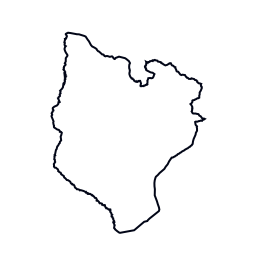 the district of Iringa, Iringa, United Republic of Tanzania, rotated 262°
{"feature_id": "72390352B92646008536074", "entity_name": "Iringa", "entity_type": "district", "adm_level": 2, "iso_a3": "TZA", "parent_name": "United Republic of Tanzania", "parent_adm1": "Iringa", "projection": "robinson", "projection_center": [35.361, -7.564], "detail": "fine", "context": "isolated", "style": "outline", "palette": "ink", "viewbox_px": 256, "rotation_deg": 262, "n_neighbors": 0, "source": "geoboundaries", "source_scale": "gbopen_adm2", "svg_char_len": 5782}
<svg xmlns="http://www.w3.org/2000/svg" viewBox="0 0 256 256"><g transform="rotate(262 128 128)"><path d="M116.3,53.6L111.5,51.9L111.2,52.0L111.2,51.5L110.5,51.6L109.8,51.1L108.7,51.1L107.4,50.6L106.5,51.2L105.4,50.9L104.5,51.2L102.6,49.5L101.4,49.6L100.1,49.3L99.0,49.9L98.7,51.1L97.6,52.0L97.0,52.7L95.5,53.1L95.0,52.9L94.5,53.5L93.8,53.9L93.1,55.1L91.9,55.5L91.5,55.4L89.3,57.8L88.4,57.8L87.7,58.1L87.0,58.9L85.0,60.2L84.6,61.5L82.9,63.3L81.4,63.7L80.6,64.3L80.5,64.9L79.7,65.1L79.4,66.3L78.0,67.0L76.9,67.1L76.2,67.4L75.1,68.6L74.5,68.8L74.2,70.2L73.7,71.1L72.9,71.7L73.1,72.4L71.8,75.3L70.6,77.0L70.6,77.4L69.9,77.3L69.6,77.6L69.5,78.5L68.9,79.5L68.3,79.2L68.0,80.5L68.0,81.4L67.6,81.9L66.2,83.0L66.0,83.3L66.3,83.5L64.7,84.9L63.5,85.4L63.0,86.7L61.1,87.3L60.7,86.8L60.4,86.8L60.2,87.3L60.1,88.0L59.0,88.9L57.8,89.2L57.3,89.6L57.4,90.2L56.7,91.7L56.4,91.8L55.6,91.7L55.4,92.4L54.9,92.8L55.0,94.0L54.8,94.4L53.7,94.4L52.4,94.8L52.0,95.4L51.5,95.3L51.1,96.5L50.1,97.3L49.9,97.8L50.0,98.8L49.8,99.2L49.3,99.2L49.0,98.6L48.7,98.9L48.3,98.8L48.1,99.0L47.4,98.8L45.8,99.7L44.5,99.7L44.2,100.1L43.9,99.7L42.7,99.4L42.1,100.2L41.4,100.1L40.6,100.8L39.6,100.6L37.6,101.4L37.0,100.5L36.4,101.0L36.2,100.4L33.6,101.3L33.0,100.8L32.4,100.8L31.0,100.3L30.5,100.5L30.0,101.0L29.4,101.1L27.3,103.0L25.6,104.8L25.3,105.6L25.9,119.9L32.9,131.0L33.2,134.2L34.1,135.0L35.4,136.8L41.4,147.0L42.9,147.7L45.1,147.6L48.5,146.9L51.3,146.5L57.6,145.1L63.7,146.1L66.5,146.1L69.9,146.5L72.5,147.2L75.2,148.4L75.9,148.9L77.2,150.9L79.0,153.0L82.4,158.3L84.5,160.0L86.5,162.2L89.3,164.1L92.6,167.1L92.5,168.2L93.0,169.2L93.2,170.3L93.8,171.1L94.3,172.7L95.1,173.5L95.6,175.3L96.2,176.1L96.4,176.9L97.3,178.4L98.1,180.8L98.5,181.2L99.4,183.5L99.6,184.4L100.3,185.3L100.8,186.8L101.4,187.3L102.0,188.7L102.5,188.9L103.2,189.8L105.7,190.5L108.0,191.5L112.0,194.0L113.7,194.5L115.7,196.0L118.1,196.3L119.3,196.2L120.0,196.6L121.4,195.6L121.9,195.4L124.6,195.3L124.9,196.0L124.6,197.7L125.0,199.1L124.9,199.8L125.2,201.0L124.8,202.3L125.5,202.8L125.8,204.3L126.3,205.3L126.7,204.7L127.1,202.9L129.5,201.6L130.3,200.4L131.9,199.7L132.6,197.6L132.9,197.1L133.2,194.9L133.6,194.1L135.6,193.3L136.3,193.9L137.0,193.9L138.1,194.5L138.8,194.2L139.4,194.6L140.0,194.6L141.8,194.0L143.0,193.2L143.5,194.2L144.9,195.4L146.1,195.5L146.4,195.8L146.5,197.8L146.9,198.3L147.1,199.4L147.8,200.9L147.7,201.9L148.1,202.8L150.3,203.1L151.1,203.6L153.2,203.9L154.9,205.3L157.4,206.7L158.6,206.7L158.9,206.2L159.6,206.3L160.3,206.1L160.8,206.1L161.5,206.6L162.2,205.3L162.4,204.3L163.8,203.0L164.6,203.1L164.9,202.7L165.7,202.4L166.3,200.9L167.2,200.4L168.3,197.8L168.1,197.7L167.8,197.1L168.2,195.0L169.3,194.2L169.6,193.3L170.4,193.0L170.7,192.5L172.5,191.8L173.2,189.3L173.0,188.2L173.7,187.2L176.7,185.6L177.1,184.4L177.8,183.9L179.2,183.8L180.6,183.2L181.6,183.4L182.2,182.3L183.4,181.4L183.9,180.3L184.4,180.0L186.2,179.4L186.3,178.7L186.0,178.2L186.2,177.9L185.1,175.7L184.8,173.7L186.2,171.8L186.9,171.3L187.6,170.0L188.2,170.1L188.7,169.5L189.7,166.8L190.6,166.5L191.2,164.7L191.7,164.1L191.7,163.5L191.4,162.8L191.5,162.4L191.3,162.4L191.4,162.0L190.9,161.7L191.3,161.0L191.0,159.5L191.1,159.1L190.5,158.5L190.5,157.3L190.3,157.3L190.3,156.8L189.9,156.6L191.0,155.2L189.9,155.4L189.6,155.0L188.8,155.0L187.8,154.7L187.4,153.9L186.5,153.3L186.2,153.3L186.1,153.7L185.6,153.5L184.7,154.1L184.4,153.8L183.6,154.2L183.2,154.0L182.7,154.2L179.9,158.2L179.3,160.1L177.7,161.7L177.0,161.2L175.3,160.4L174.1,159.3L174.0,158.0L174.5,156.8L174.5,155.0L173.6,154.7L172.0,153.7L171.4,153.8L169.7,153.5L169.0,152.9L168.4,153.2L168.2,152.9L168.1,152.3L168.3,151.9L168.2,151.4L167.7,150.7L167.8,149.8L167.3,149.4L167.6,147.4L167.5,146.7L167.9,146.2L168.2,146.2L170.3,147.1L173.0,146.6L173.1,146.2L172.9,145.6L173.2,144.8L172.7,144.0L172.4,144.0L172.3,143.5L172.6,142.6L173.0,142.5L172.8,142.2L173.0,141.7L173.8,141.0L173.9,140.7L175.2,140.3L176.3,138.8L176.6,139.0L177.0,138.3L177.7,137.8L178.9,137.3L180.9,136.9L182.3,137.0L182.7,137.3L185.0,137.9L185.4,137.7L186.6,137.7L187.0,137.5L188.8,137.7L190.5,138.1L192.0,139.0L194.1,138.2L196.6,135.9L197.6,134.7L199.9,129.0L199.1,125.5L198.2,124.6L198.2,124.2L198.9,123.5L200.6,122.7L201.2,122.1L201.0,119.9L202.1,117.7L202.3,116.3L202.1,115.7L202.5,114.8L204.0,114.0L204.3,113.5L204.4,112.7L207.7,110.0L208.2,109.1L209.7,108.1L210.7,107.8L212.1,106.2L213.8,103.8L215.4,102.8L219.3,101.4L221.0,100.4L224.4,98.8L225.2,97.6L227.6,92.5L227.9,90.6L230.0,84.4L230.7,81.9L230.4,81.4L230.3,80.5L229.8,79.5L229.5,79.4L227.5,80.3L226.7,80.0L226.0,79.3L225.5,79.3L225.0,78.9L225.0,77.9L224.1,77.9L221.7,76.9L221.3,77.3L220.5,77.2L219.9,76.8L218.5,76.9L217.7,77.8L216.9,76.9L215.1,76.1L213.5,76.3L211.4,76.9L208.9,78.1L208.0,78.1L205.8,76.1L202.5,75.6L200.9,74.4L200.0,75.0L199.3,75.0L197.8,73.2L197.0,73.1L196.4,72.6L195.4,72.8L194.8,72.2L193.3,73.2L192.5,73.3L192.1,73.6L191.7,73.3L191.3,73.3L191.5,72.7L191.4,72.6L190.8,73.3L190.3,73.1L190.0,73.4L189.7,73.0L189.2,73.4L189.1,72.6L188.3,72.9L187.8,72.7L187.5,73.2L187.2,72.6L186.6,73.0L186.3,72.7L185.8,72.7L185.4,72.3L185.0,72.7L184.0,71.9L183.1,72.1L182.2,71.5L181.6,71.6L181.4,70.7L180.8,70.7L180.5,70.0L180.2,70.0L179.8,70.5L179.0,69.7L177.5,69.3L176.2,68.3L174.3,65.9L173.4,66.3L172.3,65.8L171.6,66.0L170.8,65.0L169.2,65.1L168.1,63.5L167.4,63.3L167.2,62.8L163.2,64.0L162.9,63.3L163.1,62.7L161.4,62.2L160.2,60.8L159.4,58.0L158.4,56.4L157.4,56.1L156.2,56.6L155.6,56.6L155.0,55.6L154.0,55.3L153.6,54.7L153.2,54.4L151.6,54.8L150.5,53.9L150.1,53.9L144.9,55.2L143.8,54.7L141.4,54.8L140.7,55.1L139.6,54.8L138.9,54.9L136.3,57.8L135.8,59.2L134.4,60.1L133.7,60.0L133.4,61.2L132.5,61.8L130.0,60.8L128.9,60.1L125.1,60.1L123.7,58.6L122.5,58.3L121.9,57.4L120.3,56.4L119.6,55.4L116.9,54.3L116.3,53.6Z" fill="none" stroke="#020617" stroke-width="2"/></g></svg>